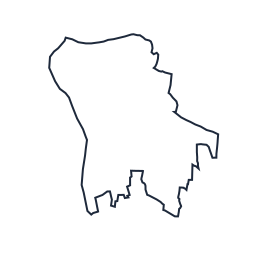 the district of Kardasa, Al Jizah, Egypt, rotated 14°
{"feature_id": "37247803B74669546915316", "entity_name": "Kardasa", "entity_type": "district", "adm_level": 2, "iso_a3": "EGY", "parent_name": "Egypt", "parent_adm1": "Al Jizah", "projection": "natural_earth1", "projection_center": [31.148, 30.052], "detail": "fine", "context": "isolated", "style": "outline", "palette": "slate", "viewbox_px": 256, "rotation_deg": 14, "n_neighbors": 0, "source": "geoboundaries", "source_scale": "gbopen_adm2", "svg_char_len": 2686}
<svg xmlns="http://www.w3.org/2000/svg" viewBox="0 0 256 256"><g transform="rotate(14 128 128)"><path d="M217.0,112.3L211.1,111.1L204.5,110.9L204.4,110.8L198.2,109.0L192.4,108.3L187.2,107.0L186.6,106.9L182.7,106.2L176.9,104.8L169.0,101.2L170.5,100.7L170.5,98.0L170.5,93.9L168.6,90.5L164.1,87.7L160.8,85.0L158.9,84.2L158.9,76.1L157.3,65.2L153.8,65.2L150.6,65.2L147.6,64.6L146.7,65.2L144.1,65.2L138.5,63.5L139.6,61.8L140.2,59.0L140.3,56.3L140.3,53.6L139.6,49.5L137.7,48.1L135.1,50.2L132.5,48.8L132.5,46.7L132.5,44.7L131.2,41.3L129.3,38.6L127.4,37.9L123.5,37.9L120.9,36.5L117.1,35.1L116.5,35.3L114.5,35.7L110.6,35.7L108.5,36.5L102.9,39.9L92.5,45.3L87.4,47.3L85.4,48.7L83.5,50.0L79.0,52.0L78.2,52.3L74.4,53.8L71.9,54.8L66.7,56.1L59.0,56.8L52.5,55.4L45.7,55.4L45.4,58.8L40.9,67.6L37.7,71.7L35.1,77.8L37.0,88.7L46.0,100.3L52.4,106.5L58.9,109.2L63.4,112.7L68.5,120.2L76.3,131.1L84.6,140.0L89.1,146.7L91.1,149.5L91.7,155.0L92.0,157.8L93.0,165.2L94.2,178.8L96.8,194.5L100.6,201.3L108.7,218.3L113.3,220.9L114.8,218.9L116.5,217.9L118.8,216.6L119.2,216.3L117.2,212.1L114.3,205.9L113.1,203.6L118.5,199.8L119.4,199.2L123.2,194.6L125.8,193.9L126.8,195.8L128.3,198.8L129.7,201.4L130.3,207.4L132.1,207.5L134.3,207.6L133.5,202.2L135.3,201.5L134.8,195.3L136.9,194.8L140.0,193.9L141.9,196.7L145.1,195.3L143.8,194.0L145.8,192.6L141.3,185.1L143.9,183.1L142.0,175.6L143.2,174.2L141.3,168.7L145.9,167.7L152.7,166.1L152.9,166.1L153.0,167.0L153.2,171.2L153.2,172.0L153.2,172.6L153.2,173.2L153.3,174.5L155.2,177.3L156.8,177.6L157.6,178.1L158.2,178.6L159.0,180.0L159.2,180.8L159.9,183.5L162.8,188.2L163.8,188.3L164.8,188.4L168.1,189.2L173.1,190.4L177.6,191.9L179.5,193.1L181.3,193.8L182.1,199.0L183.9,199.1L194.8,202.4L197.9,201.7L197.9,200.7L197.8,200.0L197.7,198.9L197.6,197.0L197.5,196.5L197.2,194.1L198.0,193.0L198.5,191.1L198.1,190.4L197.9,190.2L197.5,189.7L197.2,189.3L196.7,188.6L196.2,187.7L195.4,186.5L195.1,185.5L195.1,184.5L194.6,184.2L193.6,183.6L193.4,182.5L193.4,181.5L193.4,179.6L193.2,177.6L193.2,177.0L192.9,175.0L192.6,173.2L194.5,172.8L195.8,172.6L196.5,172.5L196.9,172.8L198.1,173.0L199.7,173.9L199.3,168.1L199.8,168.0L199.5,163.6L202.7,162.8L199.4,147.9L201.3,148.6L203.2,148.7L206.3,150.3L205.4,148.6L205.1,147.9L204.8,146.8L204.6,146.0L204.4,145.2L203.1,143.4L202.6,141.2L202.2,139.5L201.7,138.0L201.5,137.4L201.3,136.7L201.0,135.8L200.7,134.9L198.8,127.4L200.1,126.9L200.8,126.7L201.4,126.4L202.7,126.0L203.3,125.9L203.8,125.9L206.1,125.6L206.6,125.5L208.3,125.3L210.9,126.8L213.5,130.9L214.0,131.6L217.1,136.4L218.7,136.0L220.9,135.4L220.3,132.8L220.0,131.5L219.2,125.6L218.7,122.3L218.3,119.8L218.2,119.3L218.1,118.8L217.0,112.3Z" fill="none" stroke="#1e293b" stroke-width="2"/></g></svg>